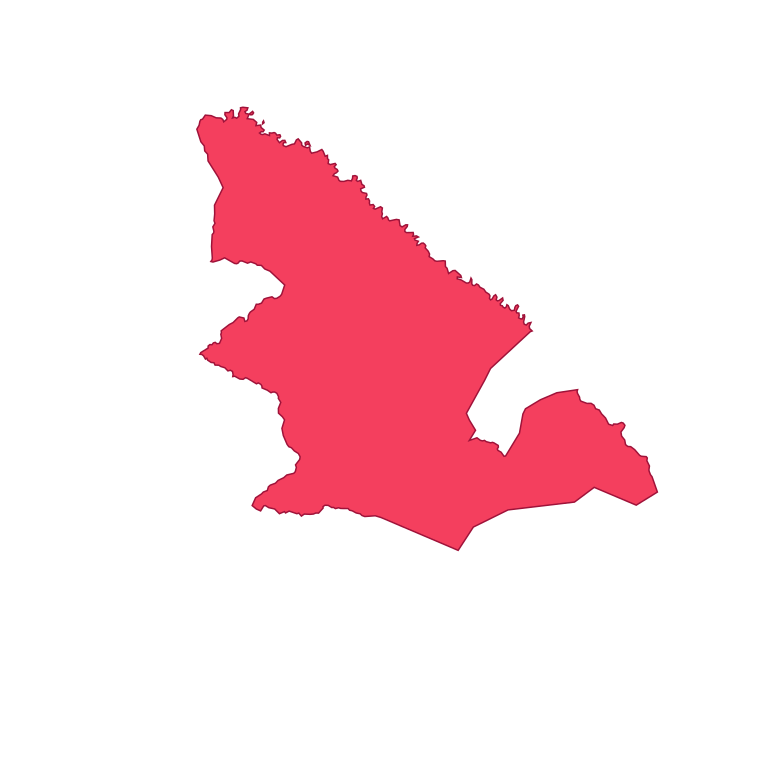 the district of Brasiléia, Acre, Brazil, rotated 210°
{"feature_id": "56859067B75567329217000", "entity_name": "Brasiléia", "entity_type": "district", "adm_level": 2, "iso_a3": "BRA", "parent_name": "Brazil", "parent_adm1": "Acre", "projection": "orthographic", "projection_center": [-69.109, -10.703], "detail": "fine", "context": "isolated", "style": "filled", "palette": "rose", "viewbox_px": 768, "rotation_deg": 210, "n_neighbors": 0, "source": "geoboundaries", "source_scale": "gbopen_adm2", "svg_char_len": 6173}
<svg xmlns="http://www.w3.org/2000/svg" viewBox="0 0 768 768"><g transform="rotate(210 384 384)"><path d="M282.2,504.0L285.6,504.8L287.1,506.6L287.5,510.7L289.6,508.8L290.3,506.2L292.4,505.9L294.1,507.4L295.8,512.7L297.0,514.1L298.2,513.1L297.0,511.6L296.9,509.4L298.4,508.7L300.5,508.6L301.1,510.8L302.6,512.9L304.7,512.0L306.0,513.1L306.3,518.6L307.9,519.3L309.0,517.8L309.0,515.9L308.0,513.0L310.3,511.2L312.6,511.7L315.6,514.0L317.2,514.1L316.7,511.9L317.3,510.2L319.1,510.1L320.7,510.9L322.5,510.4L323.5,511.6L322.7,516.0L324.3,517.8L326.1,513.9L327.3,512.7L329.0,513.0L329.6,515.7L332.0,517.1L332.9,515.3L332.9,511.6L333.8,510.1L335.5,510.9L336.3,513.3L337.9,514.3L341.8,514.5L344.9,516.0L349.3,515.8L351.8,517.0L353.9,516.9L354.7,514.6L356.5,513.8L358.1,514.7L360.1,518.3L361.6,519.2L360.7,515.2L361.6,513.5L363.2,512.6L369.4,512.7L373.2,511.7L374.0,513.4L370.2,514.9L371.8,516.4L379.2,517.9L381.0,516.6L383.3,512.0L387.3,515.8L389.5,516.4L392.4,521.1L394.3,520.4L399.6,516.7L401.6,516.1L404.2,516.8L408.6,516.9L409.5,519.3L412.1,521.1L416.4,522.5L416.9,524.6L418.6,525.4L420.5,525.7L422.0,524.6L423.0,522.2L424.9,520.5L425.7,522.4L425.6,524.8L429.0,524.1L430.3,525.1L427.7,528.5L429.9,528.5L433.0,526.3L433.3,528.4L434.5,529.8L440.3,526.3L442.2,526.5L443.2,528.3L442.6,532.0L443.2,533.6L444.7,532.8L446.9,529.1L449.3,529.2L453.0,533.7L455.6,532.7L460.7,528.1L462.2,528.4L463.7,529.8L465.5,530.4L467.8,526.4L469.8,527.9L470.5,530.6L472.0,532.0L473.4,535.6L475.6,535.8L479.0,531.1L480.9,530.7L480.9,533.1L483.1,534.0L485.6,532.0L487.1,533.3L488.0,535.3L490.1,536.6L492.1,535.1L493.1,536.9L493.2,539.1L494.4,540.3L498.5,539.0L500.5,539.7L501.8,541.3L499.3,544.6L500.5,545.8L502.9,545.8L506.0,548.7L508.1,546.3L509.8,546.5L510.2,549.1L511.2,550.3L513.3,550.0L515.1,548.5L514.1,546.4L513.8,543.6L517.2,542.3L520.0,539.4L523.1,537.7L524.9,537.9L527.6,540.0L532.3,538.9L532.1,541.3L530.8,543.2L530.3,545.4L531.8,546.4L534.2,546.4L535.7,547.3L535.1,550.0L536.6,550.6L540.2,547.2L542.6,547.0L544.0,550.5L545.6,550.9L547.3,553.7L548.8,551.8L553.0,555.1L555.1,556.0L558.0,551.6L562.1,547.7L564.2,548.7L567.0,552.1L568.5,550.2L572.6,549.4L574.5,549.6L576.0,551.7L580.9,553.4L581.9,551.6L581.6,547.2L583.6,545.5L587.5,540.5L590.4,540.1L591.4,541.3L591.5,542.9L589.8,544.0L591.7,545.4L593.7,544.2L595.2,540.7L598.9,542.3L599.4,544.0L597.4,545.0L597.4,546.8L598.8,547.8L601.3,546.0L603.4,547.0L604.9,546.8L606.6,545.2L608.8,544.2L607.4,541.9L612.3,541.1L613.7,539.4L615.3,538.8L617.3,539.1L616.4,541.2L614.8,542.0L614.7,544.0L618.7,544.7L620.3,546.6L624.1,543.7L625.0,546.9L629.5,547.8L635.1,545.4L635.8,550.2L639.0,549.2L640.6,550.3L639.5,552.7L640.0,555.1L644.6,553.1L646.4,551.5L645.4,550.0L645.0,545.2L643.5,543.3L644.5,540.5L646.6,540.4L648.2,538.7L648.4,540.9L651.3,545.4L653.3,545.2L653.8,541.7L657.4,539.6L656.4,537.6L653.2,536.1L652.5,534.6L653.9,530.9L655.8,532.5L658.2,532.8L662.4,530.6L667.8,530.0L673.2,527.5L673.6,522.6L674.8,521.3L674.8,519.5L673.5,515.6L673.5,511.1L663.7,502.2L658.7,500.3L655.8,496.2L651.6,494.8L647.9,489.2L631.0,480.3L621.5,473.6L620.2,454.1L615.7,446.7L612.8,440.4L610.7,438.6L610.8,434.5L607.7,431.2L607.1,429.6L607.5,427.5L602.1,416.8L595.7,407.3L595.0,405.6L595.2,403.5L593.1,404.1L588.1,409.3L585.1,413.6L573.7,413.7L571.7,414.5L570.7,416.0L570.5,418.2L568.4,419.6L562.6,420.4L560.4,423.1L555.1,424.0L553.2,423.5L549.5,425.4L544.8,424.0L539.2,424.7L519.5,420.1L517.5,410.6L517.8,408.2L519.7,404.6L521.6,403.2L524.6,403.5L528.8,399.5L530.4,397.6L530.5,392.8L532.7,390.2L534.5,389.2L533.8,383.8L535.7,379.6L535.9,377.9L535.7,375.4L534.2,372.4L534.3,370.1L535.8,368.6L538.3,371.1L542.9,369.7L543.7,368.2L545.4,361.8L547.7,358.2L551.6,348.7L550.4,347.0L550.2,345.5L547.4,342.3L546.8,336.9L548.9,335.3L551.0,335.7L552.3,334.3L552.6,332.0L554.5,331.1L555.3,329.0L554.3,327.2L558.4,319.6L558.3,317.7L556.5,318.5L554.4,318.2L551.1,316.3L550.3,317.7L548.7,316.5L544.5,316.2L541.9,317.4L539.8,315.9L536.4,317.7L534.3,317.5L530.0,318.5L525.7,317.3L523.9,319.1L521.5,319.1L519.4,316.7L518.7,314.8L517.1,316.1L511.4,316.2L509.9,316.9L508.4,317.6L507.0,320.3L505.1,320.6L494.5,320.4L493.4,322.1L490.4,322.1L488.8,321.2L487.6,319.6L481.9,320.3L477.5,319.9L476.4,321.4L474.6,322.4L472.1,322.4L469.0,320.3L468.3,318.7L464.2,316.5L463.3,310.1L460.8,306.0L455.5,304.8L452.2,303.2L450.2,294.5L445.4,289.0L437.8,283.3L435.1,282.1L432.3,282.5L428.2,281.2L423.4,281.0L420.2,279.0L419.3,276.5L420.2,269.7L418.2,268.0L417.0,263.7L417.5,261.5L422.7,256.6L424.0,252.7L427.5,247.6L428.4,243.8L431.9,239.6L432.7,237.2L431.8,233.4L434.5,230.1L435.1,227.6L438.3,221.3L437.4,212.8L432.1,211.9L427.4,212.4L427.2,218.3L426.0,219.4L421.9,219.3L416.2,221.1L409.7,219.4L406.4,223.7L404.8,223.1L402.6,226.5L394.6,228.1L393.2,229.6L389.5,228.3L388.0,231.5L382.8,234.2L380.1,236.1L378.6,238.1L376.1,239.5L374.7,246.0L375.5,247.4L374.5,249.5L371.6,251.0L367.5,250.9L366.0,251.9L363.8,251.8L361.5,254.1L359.2,254.6L352.8,258.2L350.7,257.5L348.1,258.3L343.6,258.4L339.7,259.7L337.4,259.1L334.4,259.6L325.7,265.5L319.8,266.9L236.6,277.0L235.1,304.8L213.6,337.0L160.0,377.0L150.3,399.6L105.0,405.2L93.2,427.1L105.5,437.7L107.9,438.7L110.5,440.8L111.6,442.0L113.1,445.7L118.0,449.0L119.0,451.6L120.6,452.2L125.0,450.1L126.9,450.0L134.1,452.5L139.0,453.1L141.7,451.8L144.5,452.3L147.6,455.9L152.2,457.7L154.8,460.9L154.2,466.2L154.7,468.7L157.3,469.8L159.2,469.4L161.8,465.9L165.1,464.2L165.2,462.4L169.4,461.5L175.1,465.3L180.6,466.9L184.6,469.1L188.4,468.4L191.5,470.6L195.0,470.8L198.5,468.7L204.9,467.6L206.7,468.6L208.1,470.4L211.7,472.6L213.0,474.0L213.5,475.9L230.0,462.8L240.7,448.5L249.1,433.3L248.7,427.5L242.1,409.2L242.7,382.5L243.9,381.4L248.5,383.5L252.2,383.5L253.4,384.4L253.4,386.6L254.4,387.9L259.4,388.0L260.9,387.7L262.2,386.4L266.6,385.2L268.8,385.4L270.2,384.0L272.3,383.4L276.6,383.9L281.9,377.7L281.6,389.7L292.0,395.4L298.0,399.8L298.7,437.4L299.5,450.7L283.5,502.4L282.2,504.0ZM571.9,555.6L572.9,553.3L571.3,551.5L570.2,553.6L567.4,553.7L570.5,556.1L571.9,555.6ZM635.8,550.2L633.8,550.5L632.6,551.6L632.5,553.6L634.1,554.4L635.8,550.2ZM620.0,550.1L619.2,548.6L618.5,550.3L619.9,551.6L620.0,550.1Z" fill="#f43f5e" stroke="#9f1239" stroke-width="1.5"/></g></svg>